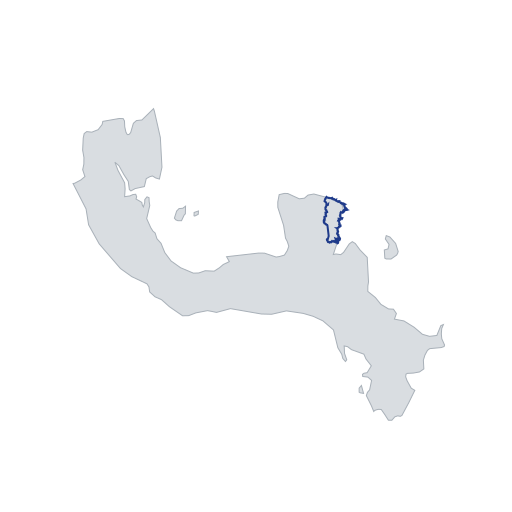 Mariato, Veraguas, Panama shown in context, rotated 207°
{"feature_id": "35544464B44926155348372", "entity_name": "Mariato", "entity_type": "district", "adm_level": 2, "iso_a3": "PAN", "parent_name": "Panama", "parent_adm1": "Veraguas", "projection": "mercator", "projection_center": [-80.871, 7.491], "detail": "fine", "context": "in_parent", "style": "outline", "palette": "blue", "viewbox_px": 512, "rotation_deg": 207, "n_neighbors": 0, "source": "geoboundaries", "source_scale": "gbopen_adm2", "svg_char_len": 8460}
<svg xmlns="http://www.w3.org/2000/svg" viewBox="0 0 512 512"><g transform="rotate(207 256 256)"><path d="M451.9,237.5L450.6,238.5L446.6,244.2L444.5,249.1L449.6,254.2L451.1,259.7L454.0,265.6L458.5,271.6L463.5,282.7L464.7,287.1L463.3,290.0L458.5,291.8L454.0,296.9L452.8,303.3L453.6,306.4L440.2,316.5L436.7,318.1L434.5,316.6L431.6,311.5L428.2,307.4L426.3,306.0L425.3,305.9L424.2,306.9L423.7,309.1L425.5,318.6L424.0,322.4L419.4,325.4L414.2,340.8L412.2,338.8L395.0,318.1L380.1,292.4L377.0,280.7L380.8,280.0L384.6,280.3L386.6,278.5L388.9,275.1L387.0,267.2L394.3,261.2L397.0,257.2L399.0,257.7L403.7,264.5L410.6,268.5L419.1,274.2L424.3,275.5L417.7,269.5L406.3,261.6L403.1,256.4L400.0,249.2L395.6,252.3L393.5,254.9L391.2,256.4L389.2,254.6L388.8,252.3L382.1,251.9L380.4,249.7L378.6,248.6L379.4,253.1L380.7,255.8L380.0,259.2L377.8,259.4L375.9,256.0L373.6,252.8L370.4,239.7L362.7,233.5L359.2,231.4L356.3,230.7L352.1,226.4L346.4,224.2L338.8,217.6L329.4,213.0L317.9,211.3L304.0,212.3L299.3,214.9L296.1,218.2L294.6,219.8L286.4,223.5L283.2,229.0L281.3,233.6L277.2,238.9L281.9,242.0L255.0,259.8L249.7,262.4L237.6,264.2L234.8,266.2L231.1,269.7L230.6,275.0L231.2,279.6L234.7,283.1L237.8,285.3L245.3,295.8L258.6,309.2L261.1,314.0L263.2,321.2L259.2,324.6L256.1,326.1L243.4,326.6L239.1,329.5L237.3,333.9L232.6,337.5L216.3,341.0L203.5,341.5L199.5,337.3L198.5,325.8L189.9,306.0L187.8,292.4L185.7,294.1L181.1,295.7L179.6,299.0L178.4,309.1L176.7,312.5L173.2,312.2L166.0,308.6L156.3,305.3L144.0,284.0L142.7,280.0L140.3,275.2L130.8,273.2L122.7,269.6L113.9,269.0L109.4,271.0L104.8,268.5L104.0,262.6L94.7,265.3L82.8,264.3L72.2,261.8L64.9,263.2L58.8,267.3L59.7,277.9L57.9,280.0L57.6,275.7L55.5,270.7L52.9,266.6L47.6,262.3L47.3,260.7L49.4,258.5L59.2,252.3L60.4,249.7L60.5,244.3L59.6,239.2L55.2,231.6L57.7,226.9L62.7,223.1L67.9,220.1L68.7,218.8L67.8,216.3L64.8,213.5L57.7,208.7L53.5,208.4L53.3,194.7L53.6,180.2L54.6,178.7L57.2,177.9L59.3,175.7L60.4,171.3L63.5,169.8L69.1,173.1L74.7,176.1L77.1,175.1L78.8,173.7L80.1,172.3L80.5,170.9L85.0,174.8L94.3,181.7L94.8,185.1L94.0,188.3L96.5,197.6L101.3,198.9L106.2,197.1L107.4,198.9L106.5,200.6L104.0,202.5L103.4,210.5L111.3,214.2L115.3,217.5L128.4,215.9L133.3,216.8L136.6,215.9L132.9,209.4L128.0,204.7L128.4,202.6L132.1,204.1L135.0,207.4L141.4,211.4L153.4,225.3L167.0,228.6L177.8,228.2L187.9,226.3L204.0,220.9L215.6,211.2L224.8,206.8L254.9,197.5L265.6,187.8L270.1,186.6L274.4,185.3L283.8,178.0L288.9,172.3L294.3,169.4L310.1,171.5L320.4,174.2L327.5,173.8L334.4,175.7L337.4,179.9L340.5,181.7L357.3,181.2L371.1,183.3L401.2,195.6L419.3,207.8L428.8,220.8L451.9,237.5ZM149.2,333.3L145.3,333.7L137.3,330.6L131.4,324.6L131.0,322.7L131.1,320.7L134.3,314.6L138.6,312.5L140.2,312.5L144.4,319.6L141.6,322.3L142.7,326.7L148.5,329.9L149.2,333.3ZM342.9,265.3L341.4,268.4L338.1,261.5L338.6,259.8L338.4,253.6L341.6,252.0L343.9,251.8L345.9,252.7L347.1,260.0L346.1,263.3L342.9,265.3ZM104.1,185.1L103.3,188.5L97.8,182.4L101.1,181.4L102.3,181.5L104.1,185.1ZM330.9,266.7L327.7,270.0L326.4,266.9L328.7,263.8L329.5,263.7L330.9,266.7Z" fill="#d9dde1" stroke="#a8b0b8" stroke-width="1"/><path d="M197.8,301.2L197.4,301.5L197.0,301.6L196.9,301.7L196.5,301.4L196.0,302.0L195.7,302.1L195.5,302.3L195.7,302.5L195.4,302.7L195.3,303.1L195.2,303.0L195.1,303.4L194.6,303.9L194.4,304.0L194.2,304.2L193.7,303.8L193.4,304.0L193.6,304.1L193.5,304.3L193.6,304.5L193.0,304.6L192.8,304.5L192.7,304.8L192.4,304.8L192.1,304.5L191.9,304.7L191.4,304.7L191.2,304.6L191.2,304.8L191.4,305.0L191.1,305.0L191.0,304.9L190.5,304.9L190.1,304.6L189.5,304.6L189.0,304.5L188.8,304.9L189.1,305.8L189.4,305.9L189.5,305.5L189.8,305.3L189.8,305.2L189.9,305.3L190.0,305.4L190.3,305.7L189.9,305.4L189.3,306.0L189.5,306.6L190.1,307.1L190.3,307.1L190.7,306.9L191.5,306.9L192.0,307.1L192.4,307.1L192.5,307.4L192.8,307.5L192.9,307.4L193.0,307.5L192.4,307.5L192.3,307.3L192.2,307.1L191.9,307.3L192.0,307.6L192.4,307.8L192.0,307.7L191.8,307.5L191.8,307.1L191.3,307.1L191.3,307.9L191.4,308.2L191.7,308.5L192.1,308.3L192.4,308.4L192.0,308.4L191.7,308.6L191.3,308.1L191.1,307.1L190.4,307.2L190.1,307.4L190.1,307.8L190.1,308.0L190.0,307.9L190.1,307.7L189.9,307.4L189.6,307.6L189.5,308.0L189.6,308.3L189.4,308.4L189.6,308.8L189.5,309.1L189.5,308.8L189.4,308.4L189.0,308.2L188.8,308.2L188.8,308.9L188.9,309.5L189.9,310.3L192.1,311.4L192.2,312.3L193.0,312.6L193.1,312.3L193.5,312.1L193.1,312.3L193.1,312.6L193.5,312.8L193.6,312.6L193.9,312.7L193.9,312.8L193.7,312.6L193.5,312.8L193.4,312.8L193.8,313.1L194.0,313.2L194.2,313.5L193.9,313.2L194.2,314.0L194.2,314.4L193.8,314.8L193.9,315.1L194.5,315.6L194.9,315.7L196.0,317.4L196.6,317.5L196.4,317.6L196.1,317.4L196.0,318.1L195.6,318.5L195.3,318.8L195.5,319.8L195.3,320.2L194.7,320.2L194.7,320.5L194.3,321.2L194.7,321.4L194.8,321.7L195.1,321.6L196.0,322.0L195.8,321.9L196.2,322.0L196.2,322.6L196.5,322.6L196.7,322.9L196.8,322.8L196.6,322.9L196.5,323.0L196.6,323.3L197.4,324.0L198.2,325.0L198.3,325.5L198.3,325.9L198.5,325.6L198.4,325.3L198.5,325.2L198.4,325.1L198.4,324.9L198.3,324.7L198.5,325.1L198.4,325.4L198.8,325.4L198.9,325.2L199.0,325.1L199.1,325.5L199.3,325.4L199.1,325.5L199.0,325.2L198.8,325.4L198.5,325.5L198.7,325.8L198.6,325.7L198.3,326.1L198.3,326.4L198.5,326.5L198.3,326.6L198.5,326.6L198.2,326.3L198.2,326.0L198.0,325.9L198.0,326.2L197.7,326.2L197.7,326.4L197.8,326.5L197.6,326.7L197.4,326.7L197.3,326.8L197.4,327.0L197.2,327.4L197.4,327.5L197.6,327.9L197.8,327.7L197.6,327.6L197.8,327.5L198.1,327.4L197.9,327.5L197.9,327.8L197.7,327.9L197.5,328.5L198.3,329.0L199.4,330.5L199.4,330.4L199.6,330.4L199.8,330.2L200.0,330.4L199.8,330.2L199.6,330.5L199.4,330.5L199.8,331.2L199.9,331.3L199.9,331.8L200.2,332.6L200.2,333.2L200.3,333.2L200.3,333.3L200.2,333.3L200.2,333.6L199.7,333.5L199.4,333.7L199.0,334.2L198.8,334.4L198.3,334.1L198.2,334.4L198.3,334.5L198.0,334.8L198.1,335.1L197.8,335.4L197.7,336.1L198.0,336.6L198.2,336.4L198.4,336.4L198.5,336.5L198.8,336.2L198.8,336.4L198.7,336.5L198.3,336.4L197.9,336.6L198.0,336.8L197.8,336.8L197.8,337.1L198.0,337.3L197.9,337.7L197.3,337.7L197.2,338.1L197.0,338.3L196.7,338.8L197.2,339.0L197.1,339.3L197.5,339.3L197.7,339.5L197.9,339.6L198.5,339.3L198.6,339.5L199.0,339.7L199.1,340.0L199.7,340.1L199.8,340.5L200.0,340.7L200.0,340.9L200.5,341.1L200.6,341.3L200.3,342.0L200.5,342.4L200.4,342.5L200.5,342.5L200.9,342.3L201.2,342.5L201.7,342.6L202.0,342.0L202.2,342.3L202.5,342.3L202.7,342.2L202.7,341.8L203.2,341.6L203.4,342.2L204.0,342.2L204.1,341.9L204.4,342.0L204.7,341.7L205.4,342.1L206.2,342.2L206.4,342.4L206.6,342.2L206.7,342.6L207.1,342.3L207.3,342.2L207.3,342.4L207.5,342.3L207.8,341.8L208.0,341.9L208.3,341.7L208.7,341.6L209.4,341.9L210.1,341.8L210.2,342.2L210.5,341.7L210.7,341.8L210.8,341.9L211.5,342.0L211.8,342.2L212.0,342.0L212.4,342.0L212.3,341.9L212.5,342.1L212.9,342.2L212.9,342.4L213.0,342.2L213.5,342.0L213.8,342.1L213.7,341.8L214.0,341.9L214.3,341.7L214.4,341.9L214.8,341.8L214.9,342.0L215.2,341.7L215.4,341.7L215.8,341.5L216.0,341.3L216.2,341.1L216.8,341.0L217.1,340.9L217.3,341.0L217.6,340.8L217.8,340.8L217.9,340.6L218.1,340.6L218.3,340.5L219.1,340.6L219.5,340.4L220.0,340.6L220.2,339.7L220.0,339.4L220.1,339.0L220.0,338.6L220.2,338.4L220.0,338.1L220.1,337.1L219.8,335.9L219.5,335.8L218.8,335.9L218.5,335.8L218.2,335.5L217.5,335.3L217.1,334.8L216.8,334.5L216.7,333.9L216.0,333.5L215.5,333.7L215.3,334.0L215.2,334.4L215.1,334.1L215.3,333.8L216.2,333.0L216.1,332.7L216.2,332.1L215.9,331.3L216.2,331.0L216.1,330.4L215.5,329.6L215.4,329.2L215.1,328.9L214.8,328.8L214.6,328.8L214.4,328.6L214.1,328.7L213.7,328.2L212.9,327.9L212.5,327.4L212.9,326.9L213.6,326.5L213.8,326.3L213.1,325.7L213.2,325.4L212.8,324.9L213.0,324.8L212.8,324.4L212.5,324.3L212.4,324.1L211.8,323.8L211.6,323.4L211.8,322.9L212.1,322.8L212.4,322.1L212.8,321.9L212.7,321.6L212.4,321.3L212.3,320.8L212.0,320.5L211.7,320.4L211.8,319.8L211.3,319.5L211.9,319.0L211.9,318.6L212.5,318.3L211.4,318.3L210.9,317.9L210.7,317.5L210.9,317.2L210.6,317.0L210.7,316.7L209.8,316.1L209.5,316.1L209.0,316.3L208.7,316.2L208.4,316.2L208.1,315.9L207.7,316.1L207.3,315.9L206.7,316.0L206.5,315.7L206.1,315.5L200.3,306.8L199.6,303.3L200.3,303.2L200.3,302.7L199.8,302.2L199.0,302.0L198.8,301.6L198.4,301.5L198.3,301.3L198.1,301.4L197.8,301.2ZM196.1,338.3L196.1,338.2L195.8,338.4L195.7,338.5L195.9,338.5L195.7,338.6L196.1,338.3ZM197.3,328.4L197.1,328.4L197.1,328.5L197.3,328.4ZM196.3,338.2L196.3,337.9L196.2,338.1L196.3,338.2ZM196.5,328.7L196.3,328.6L196.3,328.8L196.5,328.7ZM196.8,328.4L196.7,328.3L196.8,328.4Z" fill="none" stroke="#1e3a8a" stroke-width="2"/></g></svg>